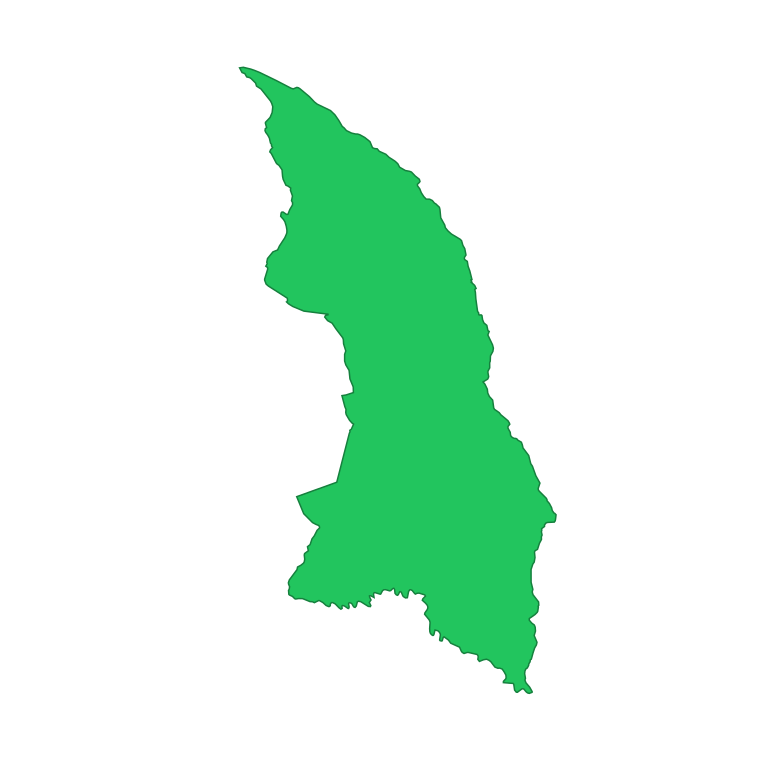 Cachipay, Cundinamarca, Colombia (Robinson projection), rotated 295°
{"feature_id": "7082276B14405151450824", "entity_name": "Cachipay", "entity_type": "district", "adm_level": 2, "iso_a3": "COL", "parent_name": "Colombia", "parent_adm1": "Cundinamarca", "projection": "robinson", "projection_center": [-74.459, 4.728], "detail": "fine", "context": "isolated", "style": "filled", "palette": "green", "viewbox_px": 768, "rotation_deg": 295, "n_neighbors": 0, "source": "geoboundaries", "source_scale": "gbopen_adm2", "svg_char_len": 6171}
<svg xmlns="http://www.w3.org/2000/svg" viewBox="0 0 768 768"><g transform="rotate(295 384 384)"><path d="M472.3,457.4L476.1,457.1L476.2,455.9L477.0,455.1L480.6,452.4L481.6,448.7L483.9,446.2L487.5,443.8L487.7,442.9L486.8,441.1L487.0,440.5L488.4,439.8L489.4,438.1L499.9,431.3L505.7,428.1L508.1,426.3L509.5,427.1L511.7,424.5L513.0,420.3L513.3,420.7L515.1,418.8L515.8,419.6L522.7,414.0L526.2,410.5L530.3,407.7L530.9,404.5L531.6,403.8L533.1,403.4L535.5,403.8L536.1,403.4L540.8,400.0L543.0,396.9L546.7,393.7L547.4,391.7L548.4,381.8L549.8,377.2L551.6,373.5L553.7,371.9L558.6,365.2L565.9,360.9L567.6,359.5L569.2,354.7L569.2,353.4L570.7,350.3L570.8,347.3L569.4,344.1L570.7,340.8L573.1,337.0L576.1,333.8L577.6,330.9L578.4,330.2L579.2,329.9L581.7,330.9L582.8,331.0L584.5,329.5L585.7,324.4L587.7,319.3L587.6,317.4L586.5,313.1L587.1,306.5L589.4,303.5L590.0,301.8L590.6,299.8L591.6,292.6L593.0,288.6L592.9,281.4L594.3,278.4L593.4,276.0L593.3,273.7L597.7,268.9L599.3,262.4L599.7,256.8L599.4,254.5L598.6,252.7L597.7,248.6L597.8,242.9L599.3,239.5L599.8,237.3L603.6,231.9L607.2,225.8L609.2,220.0L609.4,205.2L610.2,201.8L612.9,194.9L616.1,182.9L616.3,181.2L616.0,179.7L613.1,177.0L612.8,174.7L613.5,158.3L613.8,139.7L613.5,134.0L613.1,130.2L611.6,122.7L609.5,119.5L606.3,123.7L606.5,126.7L604.3,129.8L604.9,132.8L604.6,134.6L602.5,140.4L600.1,142.6L599.4,147.8L592.5,161.6L590.8,163.7L588.3,166.0L582.8,167.9L577.4,168.1L571.1,166.0L570.2,166.3L566.7,169.3L565.2,168.5L563.3,169.1L562.0,170.6L560.5,173.4L558.5,176.1L554.4,179.3L553.6,180.8L552.3,181.4L551.2,183.1L548.2,182.2L546.1,182.4L545.3,184.4L538.7,193.0L538.2,194.1L537.8,196.4L535.0,201.1L529.5,204.2L526.9,206.1L522.7,211.1L522.8,213.2L522.2,216.6L520.1,217.3L515.7,221.6L511.1,222.7L509.7,224.5L507.6,225.4L502.3,224.9L497.2,225.2L496.6,224.3L496.6,223.4L497.2,219.8L496.5,218.7L495.5,218.5L492.3,219.5L490.6,223.4L489.1,225.7L485.6,228.8L482.4,231.0L480.1,232.0L478.6,232.2L474.6,232.3L464.9,230.9L460.5,230.9L456.8,227.5L448.5,225.4L444.8,226.3L443.8,227.3L440.8,227.1L440.4,229.2L439.1,230.0L428.6,231.5L427.6,232.0L424.7,235.0L423.9,237.8L421.0,259.5L420.8,260.2L419.1,261.2L417.6,261.3L417.2,261.0L416.3,263.6L415.7,268.6L416.2,280.6L423.6,303.7L423.1,304.0L421.3,302.0L419.6,302.0L417.6,306.1L417.2,311.3L413.8,316.9L408.4,327.1L407.0,328.4L403.3,330.4L397.8,335.4L394.2,335.8L388.2,338.6L385.2,341.3L381.6,346.6L374.2,351.0L368.4,357.3L363.3,359.9L358.0,354.2L355.7,350.8L346.9,358.1L344.9,360.3L342.0,361.4L340.3,362.7L336.5,368.2L335.0,371.8L334.8,373.4L329.1,373.5L327.6,372.6L326.3,373.4L324.7,373.4L275.0,382.7L245.0,352.5L232.5,366.1L228.2,377.8L228.0,381.7L228.2,384.7L227.1,386.1L226.2,386.4L223.1,385.2L216.9,385.0L213.2,384.2L207.2,384.9L204.2,383.4L200.9,385.9L196.8,383.7L195.3,384.0L191.7,386.2L189.0,386.9L187.5,386.7L184.5,385.2L181.6,383.0L179.0,383.6L166.5,381.0L163.6,381.3L162.4,382.0L160.4,384.1L158.0,384.8L156.6,384.7L153.2,386.6L152.8,387.4L152.8,390.8L151.7,393.8L151.8,394.8L153.5,397.3L155.1,401.0L155.5,409.0L156.4,411.1L156.4,413.3L160.1,416.3L160.4,417.0L160.1,421.0L158.8,425.1L158.9,427.9L159.3,428.6L160.4,429.0L161.7,428.4L163.2,428.6L163.8,429.0L164.2,429.9L164.1,432.8L162.2,437.7L161.7,440.1L162.9,440.9L164.9,439.7L165.8,440.1L166.1,442.0L165.4,446.1L165.6,446.8L167.1,446.7L170.0,444.7L170.8,444.8L171.4,445.6L171.4,447.5L169.5,450.3L169.1,451.3L169.3,452.2L171.1,452.7L175.2,451.9L176.3,452.6L176.9,455.0L175.8,463.7L176.5,465.7L177.6,465.7L179.8,463.0L182.8,463.5L184.8,461.0L185.9,460.4L186.5,461.6L186.3,465.2L189.1,463.3L190.5,463.2L191.1,463.8L191.9,469.4L192.3,469.8L195.9,470.0L197.4,470.7L198.3,472.5L198.9,476.5L199.6,477.4L202.3,478.4L203.0,479.2L202.3,480.4L198.9,482.5L198.1,484.3L198.2,485.5L199.1,486.0L202.3,486.0L202.6,486.3L202.6,487.7L200.0,490.5L199.5,491.5L199.2,493.9L200.2,495.5L206.3,494.0L208.3,494.3L208.8,495.0L208.8,496.8L207.0,500.4L206.9,501.3L208.2,502.3L209.3,504.1L210.1,510.0L209.3,511.2L205.8,510.0L204.2,510.1L202.9,514.3L201.8,516.6L200.8,517.7L199.5,518.4L197.8,518.5L193.9,517.8L192.5,518.1L189.3,524.7L188.3,525.8L187.2,526.6L181.5,528.8L178.8,530.3L177.6,531.5L176.9,533.0L176.7,534.4L177.1,535.0L178.1,535.1L182.6,534.2L183.1,537.1L182.7,538.5L181.6,540.3L180.5,541.1L175.5,542.6L175.1,543.2L175.3,544.6L175.9,545.3L179.1,544.8L179.7,544.9L180.2,545.5L179.2,550.6L177.3,554.0L177.4,563.7L174.6,566.9L173.8,568.3L173.6,570.4L175.9,572.9L176.4,574.1L178.2,582.6L177.6,583.9L176.5,584.7L174.1,585.4L172.9,587.7L176.1,590.7L177.9,593.2L178.0,595.7L177.5,598.1L174.3,604.2L174.5,607.3L175.4,608.9L175.6,611.6L173.9,614.5L171.7,617.5L169.6,618.7L168.4,619.0L165.0,617.9L163.8,618.4L167.2,627.6L166.7,628.5L161.8,631.7L160.6,634.1L161.0,635.2L165.7,637.7L166.5,638.6L166.6,639.7L165.1,642.9L164.7,644.6L165.0,646.4L167.1,648.5L167.8,648.3L170.7,644.3L173.2,638.9L175.3,636.8L177.0,636.6L180.9,633.9L183.6,633.0L185.8,633.0L187.2,633.9L190.1,634.0L191.6,633.5L193.9,633.8L195.8,633.2L196.9,633.8L203.3,632.7L208.3,632.1L211.9,632.4L214.6,631.8L219.5,626.4L224.1,625.7L227.5,623.8L229.1,622.1L229.8,618.8L231.4,615.4L232.9,614.8L238.9,618.3L241.7,619.3L242.9,619.4L247.0,618.2L247.7,617.6L248.9,617.8L251.8,616.2L256.0,608.1L258.2,606.2L260.8,605.7L266.5,601.1L278.0,595.7L283.6,595.0L286.1,595.4L290.5,594.2L295.3,591.4L296.8,591.4L299.0,593.0L305.3,592.2L309.7,592.4L312.0,591.2L313.9,591.1L316.6,589.1L318.2,588.8L319.5,588.0L322.7,589.7L324.2,589.0L326.8,589.7L327.8,591.0L330.8,596.7L332.3,597.0L334.0,596.6L338.2,595.2L338.9,593.5L339.0,592.3L340.5,589.9L342.7,588.2L345.6,584.4L347.1,581.1L348.2,580.5L349.1,579.2L352.5,569.9L353.3,568.6L354.4,567.9L360.1,567.2L365.0,560.4L372.2,553.3L373.8,550.7L380.3,545.4L384.8,537.0L387.3,535.1L389.3,533.1L389.7,528.8L390.3,527.9L390.4,526.6L389.7,524.8L389.8,522.8L390.3,521.4L391.0,520.4L393.6,518.8L396.4,515.0L398.0,514.3L400.7,515.0L401.6,514.1L403.1,511.9L405.5,502.9L406.7,500.6L407.7,495.0L408.5,493.7L415.3,489.3L417.2,484.8L419.6,481.9L423.0,479.8L426.6,475.4L427.7,472.9L432.3,475.9L433.9,475.9L435.0,475.7L438.2,473.4L439.6,472.8L443.3,473.0L447.9,470.8L449.7,470.6L454.5,468.6L459.6,468.9L462.7,468.0L465.4,465.8L472.3,457.4Z" fill="#22c55e" stroke="#15803d" stroke-width="1.5"/></g></svg>